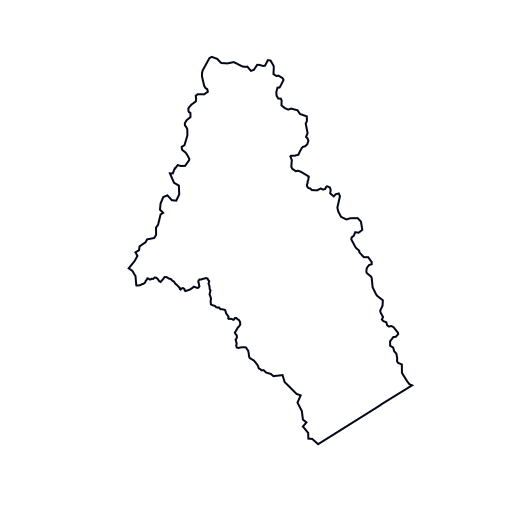 outline of Ravalli, Montana, United States of America, rotated 148°
{"feature_id": "52423323B8575592965012", "entity_name": "Ravalli", "entity_type": "district", "adm_level": 2, "iso_a3": "USA", "parent_name": "United States of America", "parent_adm1": "Montana", "projection": "albers", "projection_center": [-114.064, 46.06], "detail": "fine", "context": "isolated", "style": "outline", "palette": "ink", "viewbox_px": 512, "rotation_deg": 148, "n_neighbors": 0, "source": "geoboundaries", "source_scale": "gbopen_adm2", "svg_char_len": 4587}
<svg xmlns="http://www.w3.org/2000/svg" viewBox="0 0 512 512"><g transform="rotate(148 256 256)"><path d="M279.2,372.8L282.8,370.1L285.2,371.7L286.7,361.5L284.1,356.6L288.5,348.9L294.3,345.2L297.8,347.9L299.0,354.4L303.4,355.1L309.1,351.1L312.9,346.2L311.9,341.8L314.9,341.8L322.5,334.4L325.8,333.0L329.5,326.9L332.8,325.2L339.5,327.8L342.4,326.2L349.6,325.9L352.1,322.9L356.3,323.0L356.5,318.9L361.7,316.0L370.5,313.0L368.7,308.9L368.9,302.7L373.1,294.5L372.8,294.1L372.1,293.8L371.2,293.3L369.5,292.5L367.8,292.6L366.6,292.1L365.5,292.1L364.1,292.3L362.7,293.3L360.7,294.0L359.9,294.6L359.0,293.5L358.7,292.5L357.6,291.9L356.6,292.0L355.2,291.0L353.5,291.5L352.3,290.7L351.5,288.7L351.5,287.2L351.4,285.9L350.6,284.5L349.9,284.8L347.9,285.4L346.3,285.9L344.8,286.6L343.1,285.6L341.7,282.8L340.3,281.5L340.1,279.7L339.1,277.5L339.2,275.6L338.5,273.6L338.2,272.1L337.9,270.6L337.5,269.5L338.1,268.5L337.7,267.5L336.9,267.9L335.0,267.6L334.2,266.0L334.7,264.5L334.5,263.7L332.7,263.2L330.1,262.6L327.6,262.6L324.9,262.9L324.1,261.8L322.7,260.0L321.4,259.7L320.1,260.2L319.5,261.9L319.0,263.1L318.5,264.9L317.6,265.7L316.3,266.0L315.0,265.1L313.5,264.9L311.1,264.0L310.1,263.8L309.0,262.6L309.3,261.6L309.0,259.4L310.8,257.9L311.4,255.3L312.1,253.8L312.8,252.5L312.8,251.0L314.6,249.2L315.7,248.1L316.0,246.5L316.8,243.5L318.2,242.1L319.9,238.9L319.0,237.3L317.4,235.6L316.9,233.7L315.6,232.3L314.7,232.1L314.5,231.3L314.6,230.6L314.0,229.5L313.1,228.9L311.8,227.7L310.9,226.8L311.1,225.2L311.6,223.8L311.7,222.2L311.6,220.9L311.5,219.1L312.1,218.3L312.6,217.8L312.5,217.1L311.9,216.9L310.6,216.0L309.5,214.9L309.1,213.9L308.2,213.8L306.8,214.5L305.6,213.9L305.2,212.4L304.4,210.6L304.5,208.4L305.7,206.2L307.7,205.3L309.7,204.8L311.4,203.8L313.5,202.7L314.5,202.3L314.7,200.3L314.4,199.1L315.1,197.4L315.9,196.6L317.6,195.9L318.8,192.0L320.2,190.6L320.8,188.7L319.8,187.4L317.0,186.4L314.2,184.8L312.9,183.6L313.0,181.7L312.8,180.1L313.4,178.3L314.0,176.7L315.0,174.9L315.4,172.9L314.3,170.6L313.2,168.6L312.8,165.7L312.5,162.2L313.2,159.2L312.3,157.7L312.0,156.2L310.0,155.1L309.2,151.8L307.3,149.7L305.9,148.0L305.7,147.4L304.9,144.9L296.6,140.9L298.5,134.0L294.7,117.6L292.0,114.1L298.5,109.7L299.3,100.2L302.9,92.4L301.4,88.2L306.6,86.5L305.5,78.3L308.4,73.4L305.3,71.1L303.0,63.5L230.4,63.6L227.6,63.8L192.2,63.6L193.8,65.9L194.2,69.3L194.2,79.5L189.8,86.7L192.2,90.2L192.2,91.4L192.1,92.1L190.4,94.6L188.7,98.8L189.3,102.0L188.2,105.7L189.8,108.8L187.5,112.6L182.4,114.5L180.4,113.4L176.8,114.4L176.3,115.6L177.0,122.4L178.2,124.8L180.7,125.8L181.5,127.8L180.6,130.8L182.5,133.2L182.9,135.5L180.6,136.9L180.3,142.2L179.6,143.9L175.1,146.7L171.9,151.2L174.3,157.8L174.5,159.7L173.9,165.7L173.7,167.6L169.7,175.7L169.3,177.3L171.1,183.0L170.7,184.3L168.9,186.6L167.5,187.5L164.9,188.4L162.3,187.7L161.1,189.5L161.5,195.5L165.2,197.9L166.4,204.3L165.7,205.7L167.0,210.2L166.4,219.5L165.0,221.1L162.5,221.3L159.2,223.6L156.8,221.4L152.0,221.8L148.8,229.5L149.7,234.2L155.9,238.0L160.0,239.1L163.1,244.1L162.7,250.0L161.4,253.9L155.4,259.9L153.1,262.2L152.7,265.2L155.6,266.1L158.5,265.4L159.9,269.8L157.7,272.4L157.0,274.9L158.8,277.5L160.2,277.3L161.7,276.2L163.8,276.7L165.4,279.0L169.4,279.3L173.7,282.3L174.2,284.4L175.5,285.8L175.8,287.6L175.2,289.3L173.6,290.5L172.7,291.9L171.0,293.1L170.1,294.5L169.3,295.0L169.3,295.8L173.3,303.6L175.2,306.1L177.3,306.8L179.0,310.7L178.8,312.9L174.8,318.4L174.1,322.2L173.3,322.5L170.3,320.7L166.5,319.4L163.0,321.6L160.2,323.2L158.4,323.7L156.1,323.0L153.3,323.6L150.5,326.0L150.0,328.5L150.5,330.4L147.1,332.9L143.7,341.9L141.3,343.5L138.9,347.5L143.4,353.0L143.6,357.6L148.1,362.4L151.1,363.1L153.2,366.1L154.6,370.2L151.8,374.4L151.6,376.4L153.7,377.7L153.6,381.1L151.8,384.4L148.5,387.4L146.8,386.4L145.5,387.0L139.8,390.4L139.2,391.2L139.3,393.0L141.3,397.0L143.3,397.8L144.8,401.0L141.3,406.0L140.3,407.9L140.1,414.1L142.2,415.8L147.5,412.6L149.3,413.4L151.9,416.3L153.7,417.5L159.2,415.0L162.2,415.7L163.0,421.2L164.3,421.7L167.0,423.8L172.1,432.2L178.2,434.5L182.7,437.7L183.4,438.5L184.4,443.7L188.0,448.3L190.6,448.5L202.8,441.7L204.7,439.9L206.7,436.8L209.8,427.7L209.8,424.9L208.9,423.4L209.8,420.8L214.3,420.6L219.8,424.1L222.2,423.8L223.6,420.9L225.1,419.0L230.7,418.6L235.1,417.1L236.5,414.6L236.6,413.4L235.8,412.3L236.0,411.7L238.0,408.5L243.0,407.9L246.0,406.3L247.0,404.5L246.8,402.2L247.1,399.9L250.3,394.6L257.9,387.9L261.2,387.9L262.1,386.2L262.3,384.9L260.9,381.0L260.8,377.5L261.1,373.7L261.9,372.7L268.4,370.0L272.1,372.2L274.2,374.6L279.2,372.7L279.2,372.8Z" fill="none" stroke="#020617" stroke-width="2"/></g></svg>